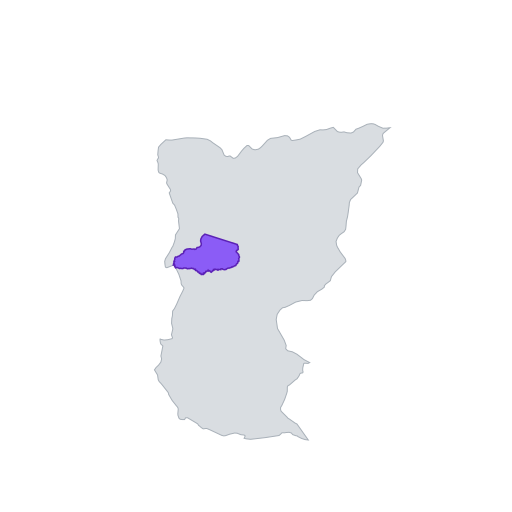 Bamingui, Bamingui-Bangoran, Central African Republic (highlighted), rotated 301°
{"feature_id": "33826404B40726346610529", "entity_name": "Bamingui", "entity_type": "district", "adm_level": 2, "iso_a3": "CAF", "parent_name": "Central African Republic", "parent_adm1": "Bamingui-Bangoran", "projection": "natural_earth1", "projection_center": [19.692, 7.894], "detail": "fine", "context": "in_parent", "style": "filled", "palette": "violet", "viewbox_px": 512, "rotation_deg": 301, "n_neighbors": 0, "source": "geoboundaries", "source_scale": "gbopen_adm2", "svg_char_len": 6696}
<svg xmlns="http://www.w3.org/2000/svg" viewBox="0 0 512 512"><g transform="rotate(301 256 256)"><path d="M342.1,190.2L346.1,191.4L346.9,192.9L345.7,197.6L346.5,200.5L348.8,203.0L351.2,204.1L353.4,204.7L361.1,206.2L364.3,207.9L368.6,213.5L373.9,218.5L375.2,221.1L375.0,223.6L373.4,226.5L373.7,227.7L376.1,230.6L378.9,233.7L384.1,237.0L393.0,242.2L397.1,245.8L398.5,248.4L400.7,251.3L403.9,253.9L406.1,256.0L404.6,261.7L405.1,263.6L405.9,265.3L407.7,267.5L408.5,270.5L410.3,274.1L412.5,275.7L416.2,276.4L418.1,278.0L422.2,280.9L426.1,283.4L427.7,285.2L428.8,286.7L429.7,288.5L430.1,290.3L430.2,294.2L430.9,299.0L433.0,302.3L435.0,304.8L427.0,302.0L425.8,301.9L424.4,302.4L420.3,305.9L418.9,306.3L413.7,305.6L401.0,302.8L391.3,300.2L388.3,299.2L383.1,298.3L379.7,300.1L376.5,306.3L375.5,307.5L370.4,309.3L368.1,308.8L362.2,310.5L353.1,308.0L349.9,308.5L347.3,309.8L340.8,312.6L336.9,314.2L332.3,315.6L327.9,317.8L325.0,319.1L322.1,319.0L319.5,317.8L316.7,316.7L313.3,316.5L309.7,317.1L306.7,319.6L305.5,321.3L302.9,326.0L299.8,333.6L298.6,335.1L297.5,335.9L283.3,332.1L277.2,331.3L273.1,332.4L267.9,330.3L265.7,329.9L264.6,330.6L261.7,329.6L257.0,327.0L252.5,326.0L248.5,326.3L246.1,325.5L244.1,322.9L241.5,318.3L236.9,313.7L230.7,310.0L226.9,307.3L225.3,305.4L222.0,304.4L216.9,304.2L212.0,306.0L204.9,311.8L198.4,323.5L194.8,328.0L191.8,329.2L191.1,332.0L192.6,336.5L192.9,341.7L191.9,350.5L192.3,356.9L190.7,355.9L189.2,352.9L188.5,352.3L184.2,353.7L182.0,354.9L180.8,356.1L179.9,356.2L178.5,354.6L177.4,354.3L175.7,354.6L174.0,354.6L172.9,354.4L172.1,354.5L170.1,353.5L162.7,351.1L161.4,350.2L159.9,350.3L156.1,352.5L154.0,353.1L147.9,354.4L141.3,355.1L138.8,355.1L137.1,356.1L135.9,357.4L133.9,365.5L133.4,366.9L133.4,369.0L132.9,375.5L133.1,377.6L125.2,395.6L123.9,392.6L123.1,389.1L122.8,385.0L123.0,384.0L122.5,382.8L121.8,379.5L122.5,377.4L121.9,375.1L120.4,373.0L119.0,371.3L118.2,369.8L117.6,369.2L116.0,368.9L114.0,368.2L105.2,357.6L96.1,345.8L94.3,341.9L93.6,339.7L95.8,339.5L96.4,339.1L96.4,338.0L95.0,335.0L94.4,331.1L93.2,328.8L89.7,325.2L86.3,322.4L85.2,321.0L84.6,319.0L83.3,306.2L82.8,302.6L81.7,301.0L80.9,300.2L80.6,299.3L80.8,297.1L81.2,295.0L81.2,294.2L82.1,292.4L82.1,280.6L81.1,279.0L79.0,279.0L77.9,277.2L77.0,275.1L77.3,273.5L79.3,271.1L80.6,270.2L84.5,268.3L85.6,267.4L86.2,266.2L86.7,264.6L89.0,258.5L92.3,252.5L93.7,251.2L97.1,242.3L97.9,240.0L98.5,237.7L99.6,235.9L103.3,232.9L106.1,227.6L109.1,227.8L112.2,228.7L116.1,229.1L119.2,228.1L121.3,226.0L130.9,222.5L131.6,219.6L133.1,218.1L134.8,216.8L135.5,216.6L135.6,217.6L136.6,220.5L138.8,223.5L142.0,226.7L143.0,226.5L144.9,224.1L150.0,222.5L151.2,221.9L154.8,218.3L159.1,216.0L161.6,215.2L165.9,212.9L168.9,213.2L173.9,212.8L182.1,211.7L188.1,211.3L191.1,210.9L191.8,210.4L193.0,207.0L193.9,206.0L196.1,204.5L200.5,199.4L203.4,195.0L204.3,193.4L204.9,193.2L206.1,191.3L204.9,189.4L200.0,185.6L200.0,185.1L199.8,184.4L200.0,183.9L201.9,182.3L204.4,180.5L207.1,179.8L214.1,180.0L220.1,179.6L221.5,179.7L226.2,178.8L229.3,177.9L232.6,176.1L240.0,176.3L246.2,171.5L248.0,170.7L248.8,170.0L249.0,169.2L251.9,167.4L255.1,163.5L257.7,160.0L258.4,157.5L265.4,149.1L267.8,149.3L269.0,148.3L271.8,142.7L272.6,141.7L275.5,140.7L276.9,139.1L278.1,136.6L278.1,133.6L277.5,131.1L277.5,129.9L278.2,128.9L279.3,127.8L284.6,124.8L286.0,123.3L286.8,122.0L288.2,121.8L289.9,121.9L290.9,121.1L292.1,119.7L295.7,117.9L299.1,116.4L302.7,117.0L309.2,118.9L311.2,122.9L312.1,124.3L320.1,133.7L321.7,135.9L325.7,142.8L328.1,147.4L330.9,154.0L331.2,157.6L330.8,160.7L330.3,169.4L329.6,172.0L326.1,176.7L325.9,178.8L326.7,180.6L327.7,181.3L328.4,182.2L328.0,186.2L329.3,187.8L331.9,188.9L338.6,189.6L342.1,190.2Z" fill="#d9dde1" stroke="#a8b0b8" stroke-width="1"/><path d="M205.7,189.8L205.8,189.9L205.9,190.0L206.0,190.4L206.2,190.6L206.4,190.7L206.5,190.8L206.3,191.0L206.1,191.1L205.8,191.3L205.7,191.6L205.4,191.6L205.3,191.9L205.0,191.9L204.9,191.9L204.9,192.6L204.7,193.0L204.4,193.2L204.4,193.3L205.2,193.9L205.5,194.1L205.7,195.2L206.0,197.2L206.6,197.6L207.1,199.1L207.7,199.9L208.2,200.0L208.6,200.5L209.0,201.1L209.3,201.5L209.4,202.1L209.6,202.4L209.8,202.7L209.7,202.9L209.6,203.2L209.7,203.5L209.8,203.9L209.9,204.2L210.3,204.3L210.6,204.8L210.8,205.4L211.4,205.8L211.7,206.5L212.4,206.9L212.5,207.9L212.8,208.2L212.8,208.5L213.1,208.8L213.2,209.1L212.9,209.5L212.7,210.0L212.9,210.5L213.0,210.7L213.5,211.0L213.4,211.2L212.9,211.4L212.5,211.7L212.6,212.4L212.9,213.1L212.8,213.7L212.3,214.4L212.5,214.7L212.7,215.0L212.8,215.3L212.7,215.6L212.3,215.8L212.0,216.3L212.0,216.6L212.2,217.1L212.6,217.3L212.7,217.7L212.5,218.0L212.1,218.2L211.9,218.6L212.6,219.6L213.0,220.4L213.4,220.5L213.4,220.2L213.6,219.8L214.0,219.8L214.6,220.6L214.7,220.9L215.0,220.9L215.0,220.4L215.6,221.0L216.0,221.3L216.4,221.2L216.7,220.9L217.1,220.9L217.3,221.1L217.5,221.4L217.6,221.7L218.0,222.1L218.4,222.4L218.8,222.2L219.2,222.2L219.1,222.4L218.7,222.9L218.7,223.3L219.3,223.4L219.5,223.8L219.4,224.4L219.0,225.1L219.0,226.0L219.9,226.3L220.3,226.2L220.5,226.4L220.8,226.4L221.0,226.4L221.3,226.6L221.5,227.0L221.9,227.2L222.2,226.6L222.5,226.5L222.7,227.2L223.2,227.2L223.2,227.8L223.4,228.1L224.0,228.3L224.0,228.8L224.1,229.5L224.1,230.3L224.3,230.8L224.7,230.8L225.0,230.4L225.2,230.7L225.3,231.3L225.7,231.8L226.2,232.9L226.6,232.8L227.0,232.6L227.7,233.7L227.5,234.5L228.0,236.0L228.8,237.0L229.1,237.3L229.5,237.2L229.8,237.5L230.7,237.9L231.3,238.4L231.6,238.9L231.9,239.3L232.2,239.7L232.6,239.8L233.0,240.3L233.4,240.7L234.0,240.7L234.2,241.2L234.4,241.5L234.9,241.5L235.4,242.3L236.3,242.5L236.7,242.8L237.2,243.5L237.5,243.5L237.8,243.6L238.2,243.4L238.7,243.4L239.3,243.4L239.6,243.7L240.0,243.9L240.2,244.0L240.5,243.8L240.9,243.6L241.2,243.7L241.6,243.7L241.8,243.3L242.1,243.2L242.6,244.0L243.1,243.9L243.6,243.5L244.2,243.2L245.0,242.4L246.0,242.6L246.7,242.3L247.6,240.9L248.3,240.5L248.6,239.6L249.1,237.9L249.4,236.8L250.5,236.5L251.0,236.9L251.5,236.8L252.0,237.3L252.7,237.3L253.6,236.5L254.2,236.2L255.0,235.8L255.9,233.9L256.2,233.9L248.4,200.9L245.0,199.8L242.1,200.0L240.3,200.8L238.4,202.8L236.9,203.5L235.1,203.2L234.3,202.7L233.5,201.9L232.9,201.1L231.9,201.1L231.0,201.0L230.6,200.6L230.1,200.2L230.2,199.4L229.7,198.8L228.7,197.4L228.4,195.9L226.7,193.7L226.3,193.1L225.8,192.9L225.5,192.6L225.1,192.2L224.9,192.3L224.5,192.0L223.9,192.1L223.4,192.1L223.0,191.9L222.8,191.6L222.4,191.9L222.3,192.1L221.6,192.2L221.1,192.3L220.5,192.2L219.7,191.4L219.0,191.0L218.4,190.9L216.4,190.2L215.7,189.4L214.3,188.7L213.7,187.5L212.3,187.5L211.0,188.3L210.2,188.2L209.5,188.5L209.3,189.0L208.7,188.6L208.2,189.1L207.5,189.2L207.4,189.6L206.7,189.4L205.7,189.8Z" fill="#8b5cf6" stroke="#5b21b6" stroke-width="1.5"/></g></svg>